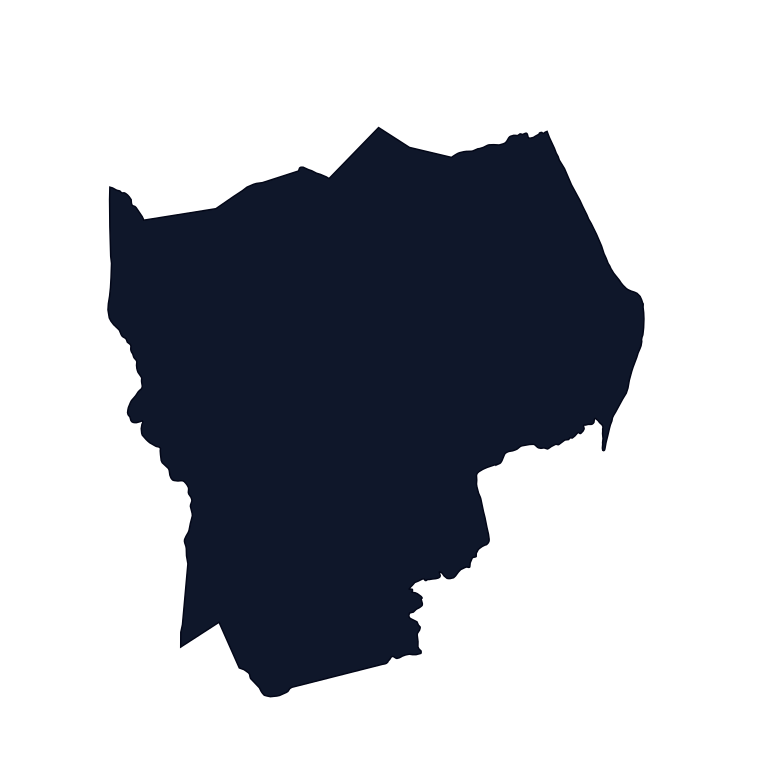 Jutiapa, Atlántida, Honduras (Robinson projection), rotated 73°
{"feature_id": "27666195B3977655085649", "entity_name": "Jutiapa", "entity_type": "district", "adm_level": 2, "iso_a3": "HND", "parent_name": "Honduras", "parent_adm1": "Atlántida", "projection": "robinson", "projection_center": [-86.444, 15.694], "detail": "fine", "context": "isolated", "style": "filled", "palette": "ink", "viewbox_px": 768, "rotation_deg": 73, "n_neighbors": 0, "source": "geoboundaries", "source_scale": "gbopen_adm2", "svg_char_len": 6170}
<svg xmlns="http://www.w3.org/2000/svg" viewBox="0 0 768 768"><g transform="rotate(73 384 384)"><path d="M115.6,588.6L127.4,592.5L153.2,600.1L181.9,608.0L188.9,609.3L202.4,613.9L211.9,617.4L219.7,620.7L226.6,624.1L232.4,626.3L240.5,627.4L244.2,626.7L248.2,625.2L254.6,621.6L255.6,621.3L260.0,620.9L261.5,620.5L262.4,620.0L264.6,618.0L265.8,617.4L269.0,617.2L271.8,615.2L272.9,614.9L274.0,615.0L276.6,616.0L278.1,616.2L279.6,616.1L281.8,615.5L285.0,615.5L286.3,615.2L288.4,614.2L289.5,613.9L290.6,613.9L293.8,615.2L296.9,615.8L299.0,615.9L301.0,615.8L305.3,614.4L307.3,613.9L309.6,614.8L311.1,615.2L314.9,615.7L316.2,616.1L317.2,616.9L318.0,617.9L318.5,619.3L319.6,621.3L322.6,624.9L326.0,630.3L327.5,631.8L331.6,635.2L333.5,636.3L336.4,637.6L338.6,637.7L341.3,636.6L344.8,636.7L346.3,636.2L347.4,635.1L348.2,633.4L348.6,632.0L348.7,628.3L348.6,626.5L348.8,625.9L349.7,625.7L350.6,626.2L351.7,627.2L355.7,629.2L360.2,630.1L362.2,630.1L367.5,627.7L369.5,626.6L371.7,625.2L376.7,620.5L377.4,619.6L378.3,617.8L379.6,616.8L380.3,616.6L382.4,617.5L386.3,618.4L392.0,619.4L394.4,619.1L401.5,615.0L402.8,614.7L404.1,614.7L408.5,615.4L411.2,615.2L412.2,615.0L414.0,614.2L414.9,613.0L416.5,609.4L417.1,606.5L417.6,605.0L418.7,603.7L421.1,602.5L423.5,601.7L425.7,601.3L427.2,601.5L430.4,602.8L432.0,602.9L435.9,601.7L437.8,601.6L439.3,601.8L440.4,602.4L443.0,604.3L444.4,604.9L451.7,605.3L454.0,605.8L460.7,609.9L466.9,613.2L468.7,614.6L471.7,617.8L474.3,620.1L475.9,620.8L477.7,621.0L481.4,620.9L483.6,621.2L490.6,623.1L498.6,624.1L555.2,647.1L562.0,650.9L576.1,655.3L563.6,611.4L613.2,605.4L616.2,601.4L620.6,598.0L622.5,597.4L624.6,597.7L626.6,597.7L638.0,592.0L642.1,591.3L644.3,590.6L646.6,589.5L647.9,587.5L649.8,584.1L651.1,577.5L651.3,574.9L650.4,567.6L649.9,565.8L647.7,563.1L647.1,560.8L651.6,467.5L651.9,464.9L651.8,463.4L651.1,461.8L650.1,460.9L649.1,459.1L647.2,456.9L647.0,456.1L647.1,455.2L647.5,454.6L649.7,452.7L650.2,451.9L650.3,449.4L650.0,447.7L649.6,446.2L649.4,442.5L649.8,438.7L651.1,436.0L652.2,432.5L652.4,427.6L652.0,427.1L650.2,426.6L647.4,428.1L645.2,428.4L640.3,426.8L633.6,425.6L632.1,424.8L629.8,422.0L627.8,420.7L626.9,420.5L624.6,421.6L621.1,422.0L615.8,427.5L614.6,428.0L613.1,428.1L612.0,427.6L610.5,426.4L610.7,422.6L609.0,419.3L608.5,417.4L608.4,416.3L607.8,414.2L607.0,412.4L606.3,411.9L605.1,411.5L600.8,411.4L600.2,411.1L600.1,410.4L599.5,410.1L598.8,410.3L597.9,410.7L594.3,413.4L592.8,415.2L591.4,418.0L590.9,418.0L590.4,417.4L589.7,417.1L588.9,416.9L588.6,417.0L588.3,417.5L587.8,419.6L587.6,419.9L587.4,419.9L585.8,417.7L584.7,415.6L582.8,412.6L582.5,409.0L581.7,404.1L581.8,403.4L582.1,402.8L583.8,402.1L584.2,401.5L584.2,400.8L583.8,399.9L583.8,399.2L584.2,398.0L584.6,394.9L585.3,391.3L585.4,389.0L585.3,388.2L584.9,387.1L583.9,386.3L580.6,386.2L580.0,386.1L579.9,385.9L580.5,384.9L581.9,383.7L585.2,382.6L588.3,380.5L589.0,379.1L589.4,377.6L589.6,374.1L588.5,371.8L585.6,367.9L583.9,364.9L583.2,360.4L583.1,359.1L583.2,358.3L584.2,356.5L584.2,355.7L583.5,355.2L580.3,353.9L576.3,350.6L575.9,349.8L576.1,346.8L575.9,346.3L572.8,345.2L569.9,342.3L569.2,340.9L568.1,337.7L567.6,334.8L567.6,333.0L567.4,332.5L566.5,330.9L565.3,329.7L564.3,329.2L563.0,328.8L558.1,328.0L551.2,327.5L541.3,326.5L535.2,326.2L522.2,325.0L520.5,325.0L516.1,325.5L509.3,325.2L506.7,324.8L503.0,323.4L498.5,322.3L497.4,321.6L496.6,320.9L495.6,318.9L494.5,314.5L494.2,312.4L493.9,309.6L493.7,302.1L493.9,299.5L494.2,299.8L493.8,296.3L493.3,295.3L491.9,293.7L487.0,289.7L486.1,288.8L485.7,288.2L485.2,286.4L485.0,284.4L485.5,280.5L485.4,277.5L485.1,275.6L483.7,272.2L483.4,270.5L484.4,262.4L485.4,258.6L486.2,257.6L489.4,255.7L490.3,254.8L491.4,252.7L491.9,249.6L493.9,246.7L493.8,245.6L492.7,242.3L491.9,238.0L491.9,237.1L493.0,235.2L493.0,234.5L490.5,227.6L490.6,226.4L491.1,223.7L490.0,222.1L489.9,221.7L490.7,219.7L489.5,216.7L487.6,213.6L487.2,212.8L487.3,212.2L488.6,211.1L488.8,210.6L488.7,210.1L487.2,207.4L485.5,205.8L484.8,205.6L482.5,205.5L481.9,205.1L481.8,204.4L482.2,203.2L482.3,200.6L483.2,197.6L483.2,196.5L482.8,195.5L482.1,194.5L479.2,193.1L478.8,192.7L478.7,192.2L478.8,191.8L481.5,190.0L484.0,189.1L486.9,187.4L488.8,187.1L489.5,187.3L491.1,188.1L492.7,188.5L495.4,189.5L500.2,190.5L504.0,192.1L505.6,192.5L509.1,193.9L511.3,194.2L511.9,193.6L511.9,192.8L511.4,192.2L510.4,191.6L504.9,188.8L498.6,185.0L492.2,181.3L489.3,179.5L486.0,176.9L483.1,175.4L481.1,173.6L478.7,170.9L468.2,160.2L463.6,155.0L459.2,151.9L452.1,148.3L444.3,143.4L440.7,140.9L432.4,134.5L428.7,132.0L424.8,128.7L422.6,127.0L418.8,125.1L416.8,124.7L414.4,123.4L413.3,122.5L412.3,121.9L406.2,119.3L397.8,116.4L391.7,114.8L386.3,113.8L383.2,112.7L381.9,113.0L379.0,113.0L375.1,113.5L371.3,115.5L369.5,117.5L367.4,120.5L364.9,123.3L363.3,124.5L359.6,126.5L356.7,127.7L353.6,128.6L345.3,131.9L339.9,133.3L337.2,133.6L334.2,134.4L328.6,134.8L323.6,135.5L315.6,135.6L303.0,137.0L291.2,138.9L286.0,140.1L281.7,140.5L272.0,142.1L266.0,142.9L248.3,146.5L230.8,148.4L221.2,150.9L217.4,151.0L213.5,151.8L208.6,152.1L196.5,153.8L190.1,154.2L190.3,156.2L191.0,158.4L190.7,158.9L189.6,159.5L189.4,160.0L189.3,161.3L189.6,162.1L190.1,162.3L190.6,163.5L191.3,166.9L191.7,168.3L191.9,169.0L191.7,172.1L191.2,173.5L190.2,174.0L187.2,173.9L186.3,174.1L185.7,174.7L185.6,175.6L185.9,178.6L184.9,180.0L184.6,180.8L185.4,183.1L185.4,183.9L184.5,186.0L184.1,187.4L184.1,190.7L184.4,191.7L185.1,192.8L187.6,195.5L188.8,197.3L189.2,199.5L189.1,204.0L187.2,209.1L186.0,213.7L186.0,215.3L186.8,219.9L186.8,223.7L186.5,225.5L187.1,230.8L187.0,232.2L185.6,237.3L185.2,239.7L184.9,244.3L185.1,246.3L185.7,248.8L186.7,252.3L187.1,253.1L165.2,290.5L137.2,314.2L171.5,376.5L169.2,378.5L164.9,383.6L162.7,386.9L158.9,390.8L156.9,393.6L153.0,398.0L152.4,400.0L152.5,400.9L152.8,401.6L155.3,403.5L155.9,441.4L154.9,447.5L154.9,450.5L155.7,457.5L157.7,462.8L160.7,473.0L167.2,493.5L157.1,565.9L156.1,565.9L153.2,566.3L142.8,569.5L141.4,570.3L140.0,572.2L139.3,572.6L137.4,572.7L133.8,571.9L130.6,572.9L128.4,573.9L126.9,574.9L125.6,576.0L125.1,576.8L125.0,577.9L124.5,578.8L123.9,579.4L122.8,579.8L122.1,580.3L120.5,583.0L117.2,586.2L115.6,588.6Z" fill="#0f172a" stroke="#020617" stroke-width="1.5"/></g></svg>